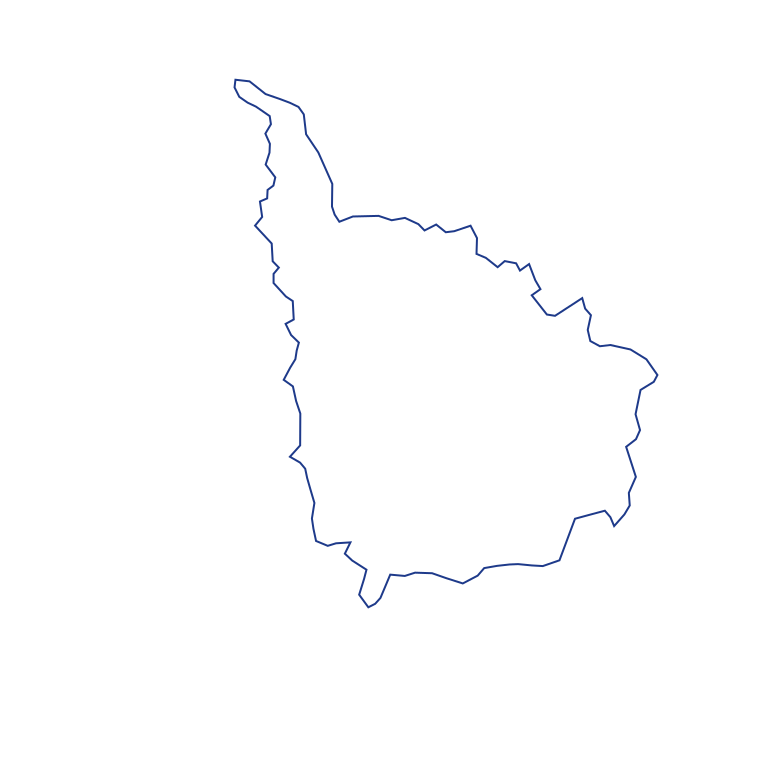 the district of Itaara, Rio Grande do Sul, Brazil, rotated 298°
{"feature_id": "56859067B39409617821515", "entity_name": "Itaara", "entity_type": "district", "adm_level": 2, "iso_a3": "BRA", "parent_name": "Brazil", "parent_adm1": "Rio Grande do Sul", "projection": "albers", "projection_center": [-53.754, -29.56], "detail": "fine", "context": "isolated", "style": "outline", "palette": "blue", "viewbox_px": 768, "rotation_deg": 298, "n_neighbors": 0, "source": "geoboundaries", "source_scale": "gbopen_adm2", "svg_char_len": 1762}
<svg xmlns="http://www.w3.org/2000/svg" viewBox="0 0 768 768"><g transform="rotate(298 384 384)"><path d="M549.3,355.2L538.6,347.7L541.3,339.3L540.5,324.5L532.2,313.9L529.9,300.3L517.3,277.9L506.3,268.4L510.4,260.9L516.2,254.8L536.4,244.4L557.6,217.3L567.9,198.0L584.4,186.6L588.5,178.4L588.1,168.7L586.8,158.6L584.4,143.3L588.1,123.2L582.9,110.0L575.7,112.8L569.6,121.4L568.4,131.5L568.8,140.7L566.9,157.3L560.3,162.2L549.4,161.7L542.5,170.5L534.5,174.3L522.2,176.5L515.4,191.0L507.3,193.2L500.7,190.1L493.0,193.7L486.9,188.8L474.3,198.0L463.3,195.8L455.3,218.9L440.1,228.1L437.4,236.5L429.4,234.8L421.3,239.1L415.2,256.3L414.4,264.5L398.6,274.0L390.9,268.9L383.6,279.0L380.6,289.4L372.6,291.2L364.3,294.1L354.4,293.5L340.6,293.5L339.1,304.7L327.7,314.4L318.6,324.0L290.4,338.8L275.6,335.1L275.2,346.8L272.2,354.2L264.9,360.3L256.2,368.7L246.3,378.4L231.4,383.5L223.0,389.7L213.5,397.7L214.7,410.3L220.8,416.4L228.4,428.7L215.8,429.1L213.2,438.8L211.8,455.7L202.6,457.9L186.3,461.0L179.5,475.0L185.8,479.4L193.4,481.3L205.6,480.2L218.6,479.0L224.3,492.5L232.0,500.0L239.5,515.3L241.8,530.2L244.9,547.2L258.8,556.7L268.5,558.9L276.5,569.2L283.6,579.6L287.9,586.9L293.2,599.7L297.8,609.7L310.7,621.7L354.7,615.9L366.6,628.6L375.8,638.5L372.7,646.4L366.6,653.9L381.7,657.5L392.1,658.0L402.8,651.3L420.2,650.0L442.2,627.3L453.6,632.4L463.5,631.7L475.4,620.3L499.2,613.3L512.6,621.2L520.3,621.2L529.0,604.1L530.2,585.4L524.7,565.6L518.7,556.9L518.8,546.0L527.4,538.5L541.9,534.4L545.0,526.2L552.9,518.7L524.5,503.0L521.8,495.2L531.7,472.8L541.2,477.6L546.6,468.9L558.0,455.8L548.0,450.8L552.6,444.0L549.2,432.9L540.5,429.5L543.2,414.7L542.3,404.6L556.5,397.6L564.4,386.1L551.9,374.3L547.0,367.3L549.3,355.2Z" fill="none" stroke="#1e3a8a" stroke-width="2"/></g></svg>